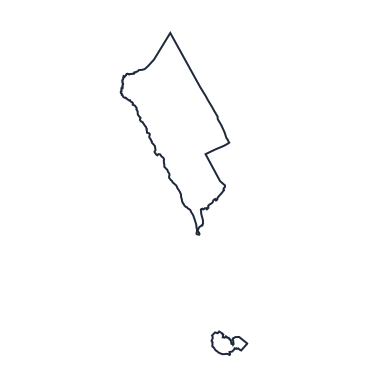 Ásahreppur, Suðurland, Iceland, rotated 290°
{"feature_id": "244011B31453435550318", "entity_name": "Ásahreppur", "entity_type": "district", "adm_level": 2, "iso_a3": "ISL", "parent_name": "Iceland", "parent_adm1": "Suðurland", "projection": "albers", "projection_center": [-19.181, 64.281], "detail": "fine", "context": "isolated", "style": "outline", "palette": "slate", "viewbox_px": 384, "rotation_deg": 290, "n_neighbors": 0, "source": "geoboundaries", "source_scale": "gbopen_adm2", "svg_char_len": 5743}
<svg xmlns="http://www.w3.org/2000/svg" viewBox="0 0 384 384"><g transform="rotate(290 192 192)"><path d="M260.5,91.6L260.6,92.1L260.5,92.3L260.2,92.6L259.7,92.6L259.2,92.8L259.0,93.4L259.1,93.8L258.4,94.3L257.7,95.1L257.6,96.3L257.5,96.6L258.0,97.3L258.0,97.6L257.5,97.9L257.3,98.3L257.4,99.0L257.3,99.3L256.9,99.8L256.9,100.5L256.6,101.1L256.6,101.6L257.0,102.3L256.4,102.7L256.2,103.3L256.1,103.9L255.8,104.3L255.9,105.0L255.5,105.6L255.4,106.0L255.0,106.2L254.2,106.2L253.7,106.5L253.9,107.4L253.8,107.6L253.6,108.0L253.6,108.7L253.6,109.0L252.8,109.9L252.5,110.5L251.9,111.3L251.6,111.5L250.6,111.5L250.4,111.7L250.2,112.2L249.5,112.8L249.3,113.3L246.6,114.4L246.1,114.8L245.8,115.1L245.6,115.7L244.7,116.8L244.4,117.9L244.0,118.3L243.7,118.4L242.6,118.2L242.1,118.4L241.5,118.9L241.1,119.6L240.8,120.2L240.9,120.9L240.7,121.9L240.0,122.5L239.2,123.8L238.4,124.6L238.0,125.4L237.7,125.7L237.6,126.2L237.1,126.7L236.4,127.2L235.8,128.0L234.9,128.0L233.6,129.0L232.4,129.4L232.3,129.6L232.4,131.0L232.5,131.7L232.1,132.4L231.5,132.7L230.8,132.7L230.2,132.9L229.5,132.8L228.8,133.2L227.8,134.3L227.6,134.9L227.4,135.2L226.2,136.0L225.9,136.9L224.9,137.3L224.5,137.7L223.9,138.8L223.8,139.3L223.0,140.5L222.6,141.2L222.3,141.6L221.3,142.1L220.7,142.3L219.6,143.1L219.2,143.3L218.3,143.3L217.2,143.0L216.4,143.5L215.9,144.1L215.8,144.5L215.0,145.4L214.8,146.3L214.6,146.8L214.6,147.0L214.8,147.1L215.5,147.1L215.9,147.3L216.2,147.9L216.4,148.9L216.4,149.4L215.2,150.8L215.0,151.1L214.8,152.0L214.5,152.8L214.4,153.1L214.3,153.4L212.9,154.7L211.7,154.8L211.4,155.0L209.7,155.7L208.4,156.6L207.6,156.8L206.1,157.5L206.0,157.8L205.7,158.6L205.1,159.5L204.5,161.0L203.7,161.9L202.9,162.4L201.6,164.2L200.8,164.8L200.1,165.1L199.0,165.1L197.6,165.6L197.2,166.1L195.9,168.2L195.7,169.0L195.4,169.6L194.3,170.7L194.1,171.6L193.5,172.9L193.2,173.9L192.6,175.1L192.0,175.8L190.9,176.7L190.4,177.3L189.5,178.6L187.7,180.9L187.1,181.2L186.8,181.7L186.1,182.4L183.1,183.7L182.4,184.5L181.7,184.8L181.1,185.3L180.1,185.7L179.4,186.3L179.1,186.8L178.4,187.2L178.1,187.7L178.1,188.0L177.1,189.0L176.3,190.2L176.0,191.0L175.9,191.9L175.9,192.6L175.3,193.4L175.1,194.0L174.9,195.3L174.5,196.4L173.9,197.2L173.0,197.9L172.3,198.8L170.9,200.7L170.3,201.3L167.2,203.8L162.9,207.1L161.4,207.8L159.9,208.5L158.9,209.3L157.8,209.8L156.8,210.1L154.9,210.3L154.5,210.5L154.1,210.8L154.0,211.2L154.0,211.5L154.3,212.7L154.2,213.7L154.2,214.0L154.3,213.8L155.7,213.0L156.2,212.5L157.1,210.9L158.0,210.6L160.1,210.6L160.9,210.7L161.6,211.0L162.6,211.6L163.1,212.1L164.0,212.4L164.0,212.6L163.9,213.0L164.1,213.2L166.4,213.1L167.0,212.7L168.7,212.2L169.3,211.8L169.9,211.5L170.7,210.8L171.9,210.2L172.3,209.7L175.3,207.8L177.3,207.0L178.3,206.4L178.6,206.3L179.2,206.7L179.9,207.6L179.8,207.9L179.4,208.2L179.4,208.3L179.8,208.5L180.0,209.1L181.0,209.5L181.0,210.0L181.8,211.0L181.7,211.2L181.6,211.3L181.1,211.4L180.8,211.9L181.7,212.4L182.1,212.5L182.9,212.4L183.0,212.7L183.6,212.4L184.1,212.3L184.5,212.0L184.9,212.0L186.1,212.7L188.1,214.3L188.8,214.7L189.6,214.9L191.7,215.0L192.2,215.2L192.5,215.8L193.2,216.0L193.4,216.2L193.3,216.4L192.6,216.8L192.2,217.4L192.5,217.8L193.6,218.3L194.5,217.9L195.3,218.2L196.3,218.3L202.0,220.6L203.8,221.0L204.4,221.5L204.7,221.3L204.6,221.0L204.8,220.8L205.4,220.8L205.7,220.6L206.7,220.6L207.4,221.2L208.0,221.2L208.8,221.0L209.5,220.7L211.8,214.7L225.4,199.4L232.2,191.8L239.9,199.3L246.3,206.2L249.4,208.9L251.1,210.1L251.6,209.4L253.5,207.5L254.0,206.6L254.6,205.8L259.2,202.2L264.8,196.7L269.0,191.6L269.9,190.9L271.6,190.3L273.4,188.0L274.5,186.8L275.7,185.2L277.7,183.0L284.5,174.7L286.6,172.4L293.3,163.9L316.3,137.5L334.0,117.2L303.4,111.0L295.2,107.6L292.2,106.0L291.2,105.4L289.6,103.1L288.4,100.4L287.6,100.1L286.5,99.4L285.7,98.3L285.2,98.2L284.8,97.7L284.9,97.2L284.6,96.8L284.1,96.8L283.5,97.0L283.1,96.9L282.9,95.7L282.7,95.6L282.6,95.3L282.2,94.9L282.1,94.4L281.9,94.1L281.9,93.9L281.7,93.5L281.6,93.0L281.4,92.8L281.0,92.8L280.9,92.5L280.9,92.3L281.1,91.7L281.1,91.3L281.1,91.0L280.7,90.7L280.5,90.2L280.4,90.2L279.4,90.0L278.5,90.3L278.7,90.1L278.7,89.9L278.4,89.7L278.0,89.7L277.6,89.2L277.6,88.9L277.6,88.6L277.6,88.4L276.7,88.9L276.6,88.4L276.5,88.2L276.0,88.3L275.6,88.2L275.1,88.6L273.9,88.7L273.1,88.2L272.8,88.4L272.2,89.0L271.4,88.9L270.9,89.2L270.7,89.5L270.6,90.0L270.4,90.2L270.0,90.1L269.6,90.4L268.6,90.4L268.4,90.2L268.0,90.4L267.5,90.4L267.4,90.4L267.3,90.8L267.0,91.0L265.6,91.3L265.5,91.0L265.5,90.4L265.4,90.2L263.5,90.8L263.0,91.3L262.7,91.1L262.4,91.1L262.1,90.8L261.8,90.8L260.8,91.2L260.5,91.6ZM51.6,282.9L51.8,283.1L52.1,283.0L52.6,283.2L52.9,283.1L53.5,282.5L53.9,282.4L54.5,282.0L55.8,284.3L56.0,284.4L58.8,285.7L59.4,285.4L59.8,285.6L59.8,285.8L59.8,286.0L59.8,286.3L59.9,286.6L59.8,287.1L60.3,287.3L60.2,287.7L60.2,288.1L60.3,288.3L60.4,288.7L60.8,288.9L60.0,291.2L60.2,291.6L59.9,292.4L68.4,295.8L68.6,295.6L71.9,285.8L70.4,282.3L68.3,280.5L63.3,283.1L62.6,282.9L62.9,282.7L62.8,281.0L66.3,279.0L66.3,278.8L66.1,278.7L66.1,278.3L66.2,278.1L66.2,277.9L66.7,277.7L66.9,277.4L66.8,277.2L67.0,276.7L67.4,276.5L67.3,276.3L67.2,276.1L67.5,275.2L67.2,274.9L67.4,274.7L67.5,274.2L67.9,273.5L68.0,273.2L67.8,273.1L67.0,273.0L66.2,272.4L66.0,270.6L66.7,270.6L66.9,270.7L68.4,269.7L68.5,269.8L68.6,269.6L68.9,269.8L69.0,269.5L69.0,269.1L69.4,269.0L70.2,265.2L68.1,264.5L67.9,261.7L64.0,259.9L63.0,260.9L62.1,261.3L60.9,261.5L58.8,261.3L58.5,261.5L57.9,262.6L57.7,262.8L56.9,262.8L56.0,263.4L54.5,263.6L53.9,263.9L53.8,264.0L53.6,264.4L53.7,265.0L52.8,266.3L51.4,268.2L51.0,269.4L50.9,270.3L50.3,271.4L50.2,271.9L50.2,272.6L50.0,273.7L50.0,275.3L50.1,276.4L50.6,277.6L51.4,279.1L51.8,280.1L52.0,280.8L52.0,281.6L51.9,282.2L51.6,282.9Z" fill="none" stroke="#1e293b" stroke-width="2"/></g></svg>